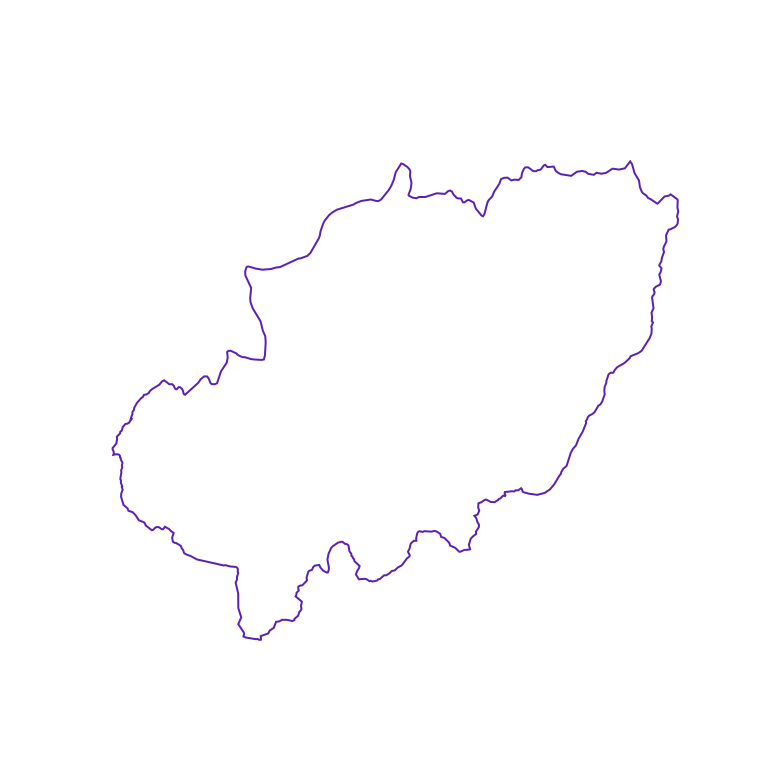 outline of Güicán, Boyacá, Colombia, rotated 16°
{"feature_id": "7082276B71833607735517", "entity_name": "Güicán", "entity_type": "district", "adm_level": 2, "iso_a3": "COL", "parent_name": "Colombia", "parent_adm1": "Boyacá", "projection": "albers", "projection_center": [-72.306, 6.561], "detail": "fine", "context": "isolated", "style": "outline", "palette": "violet", "viewbox_px": 768, "rotation_deg": 16, "n_neighbors": 0, "source": "geoboundaries", "source_scale": "gbopen_adm2", "svg_char_len": 6153}
<svg xmlns="http://www.w3.org/2000/svg" viewBox="0 0 768 768"><g transform="rotate(16 384 384)"><path d="M339.8,167.3L336.9,177.2L337.1,185.2L336.3,191.9L334.9,196.7L330.4,207.4L328.3,209.7L326.1,210.2L320.4,210.3L311.7,214.3L306.9,218.0L305.2,219.9L290.6,229.5L286.7,233.7L284.5,237.2L282.0,243.2L281.3,247.1L280.9,254.6L281.4,259.0L281.2,262.0L277.1,278.4L275.0,282.0L268.9,286.4L267.3,286.9L251.8,300.3L248.1,301.8L243.7,304.6L235.8,307.6L229.1,308.4L221.8,308.4L220.3,308.8L219.6,309.8L219.5,314.1L220.9,318.0L229.8,328.2L231.8,338.6L233.2,342.3L237.1,347.6L248.0,357.7L252.8,366.1L256.7,370.8L258.8,376.6L261.6,389.0L261.8,393.5L259.7,394.6L252.5,396.2L249.3,396.7L242.7,396.6L240.7,397.2L237.6,396.8L234.7,396.1L234.0,395.4L227.4,394.3L225.3,395.1L224.4,396.4L226.5,401.8L226.9,407.0L223.8,416.8L223.3,429.2L221.4,430.9L218.4,431.6L216.8,430.8L214.4,427.5L212.0,425.5L209.1,426.2L206.5,429.9L205.1,434.1L195.7,449.2L194.2,448.7L192.4,445.6L191.0,444.2L188.8,443.3L187.4,443.7L186.2,446.2L185.6,446.4L184.3,446.0L182.7,443.9L180.7,442.6L177.6,443.4L171.7,441.0L169.9,442.7L168.2,446.6L162.6,452.7L160.6,455.8L160.5,457.3L158.7,459.4L156.2,460.6L155.9,462.8L154.4,464.6L151.8,470.1L150.5,475.5L150.7,478.0L149.9,480.1L150.4,482.3L150.1,488.4L150.8,487.9L150.6,488.7L149.4,491.7L148.1,493.0L146.4,493.7L144.7,497.4L144.8,501.1L143.7,502.4L143.8,504.4L141.7,508.4L142.5,510.0L143.1,515.1L140.8,520.4L141.2,521.8L142.4,523.0L143.4,525.0L143.3,526.7L145.3,525.6L147.9,524.9L149.0,525.1L150.1,526.0L150.4,527.2L151.1,527.4L151.8,529.1L154.4,531.9L154.5,534.8L155.4,536.3L155.1,539.7L155.8,540.8L156.7,548.0L157.7,549.1L158.3,551.5L160.7,554.7L160.3,555.3L161.9,557.6L161.6,561.8L162.4,565.0L166.9,572.0L171.8,574.3L173.3,576.3L177.8,576.5L181.5,578.7L185.8,582.5L191.8,583.2L194.2,585.8L201.0,588.5L202.2,588.0L203.6,585.3L204.9,584.1L207.2,583.7L210.3,584.8L211.7,584.5L212.7,581.6L217.5,582.7L219.7,584.1L222.9,585.2L222.7,590.1L224.5,593.8L226.4,594.4L227.8,594.1L233.3,595.6L235.0,597.9L236.6,598.9L238.4,601.6L240.6,602.3L245.8,602.7L252.4,604.2L280.0,602.6L281.4,601.9L286.9,601.7L292.0,600.7L293.5,601.1L294.7,602.5L295.1,604.6L296.0,606.1L295.8,609.9L296.6,612.5L296.1,615.7L301.6,625.6L305.7,639.5L311.1,647.7L310.1,655.0L317.9,661.7L318.4,662.7L318.5,665.5L321.2,665.8L331.1,664.6L332.6,664.0L334.9,664.3L336.2,663.7L335.0,660.3L341.5,655.7L342.1,652.5L345.3,648.7L345.8,642.4L349.0,640.9L350.9,638.8L355.9,637.4L361.2,637.1L362.9,635.7L362.7,634.3L365.3,630.5L365.5,626.2L366.4,624.7L366.7,623.0L365.4,620.3L365.1,615.9L357.5,612.5L357.9,611.4L357.5,608.7L359.0,606.2L357.6,603.4L357.5,602.3L358.9,600.9L361.0,600.0L364.1,594.1L362.9,591.3L363.0,585.3L363.4,584.4L366.0,582.4L366.4,579.5L367.4,577.8L371.6,575.8L373.8,578.2L377.2,580.3L381.1,581.1L382.1,580.4L382.1,577.4L381.4,575.1L378.0,568.4L377.5,562.4L378.4,556.2L379.6,553.9L383.4,549.3L386.5,547.3L387.6,547.2L390.6,548.4L392.7,548.2L394.4,549.0L396.5,553.6L397.5,554.9L399.3,556.1L400.1,558.2L401.2,558.6L402.3,560.1L403.5,560.7L404.6,562.6L410.7,565.6L410.8,567.6L409.7,571.3L409.5,574.8L413.7,578.6L419.4,576.5L421.2,576.5L424.2,577.5L425.2,576.9L427.5,577.0L431.7,574.7L432.1,573.5L433.9,572.4L436.8,567.9L439.0,567.2L441.3,564.6L442.9,561.7L445.7,560.2L447.8,556.6L451.1,553.4L454.1,545.4L456.0,542.7L455.9,541.4L453.3,538.7L453.9,535.3L453.7,530.5L453.9,529.6L455.8,526.6L458.3,525.8L457.4,523.0L457.1,518.4L457.5,516.8L458.7,515.7L461.8,515.6L463.2,514.4L470.1,512.9L473.1,511.3L475.2,511.3L479.4,512.6L481.0,515.2L484.6,515.4L488.7,517.6L490.5,518.7L492.2,521.1L497.8,521.9L502.5,524.5L503.4,524.3L507.1,521.3L511.6,519.7L512.3,519.1L509.9,515.2L510.0,508.9L511.4,506.1L513.9,502.8L513.1,500.5L514.6,495.6L514.2,493.2L512.0,491.1L509.4,487.2L507.2,485.8L509.9,483.7L510.5,479.6L508.5,476.6L507.7,472.6L510.1,470.9L512.8,467.6L514.2,466.9L519.1,468.0L522.9,467.1L525.6,464.1L526.0,462.9L527.4,462.0L529.0,458.9L529.5,458.4L531.2,458.4L531.4,457.5L530.0,455.6L530.0,454.5L536.6,451.8L538.8,451.4L539.7,450.0L542.3,449.2L544.5,446.4L545.4,446.9L547.0,449.3L547.7,449.6L553.6,449.5L561.9,448.3L568.5,444.4L572.6,439.5L575.3,433.4L578.0,423.3L578.8,421.9L578.7,419.5L579.6,416.2L582.1,412.4L582.5,398.8L583.3,394.8L585.5,389.9L586.1,383.1L588.1,375.2L589.1,365.9L588.2,364.0L588.9,362.3L589.1,359.7L590.0,357.8L592.3,355.7L594.1,353.2L596.0,345.9L597.6,344.0L598.6,340.7L599.0,333.0L597.7,330.0L596.9,325.8L597.4,321.7L596.9,319.5L597.2,313.2L597.5,312.3L599.2,310.4L600.6,310.3L601.4,309.7L601.8,307.4L603.4,303.7L609.5,297.3L613.1,291.3L613.4,289.3L619.9,284.3L622.5,281.1L626.7,266.7L627.2,261.7L626.0,256.6L625.1,255.1L625.6,250.7L624.1,249.7L623.2,245.6L621.5,241.7L622.2,236.9L617.9,227.1L617.9,225.6L618.9,223.4L618.9,221.4L617.2,218.9L617.2,218.0L618.5,215.6L621.9,212.4L622.0,209.1L618.4,202.9L619.1,200.3L618.9,196.3L616.0,194.4L615.9,193.1L616.8,190.0L616.4,186.0L616.8,180.0L615.2,177.2L615.2,174.8L616.2,168.9L614.1,163.3L615.1,157.2L616.4,156.5L620.1,153.2L621.5,150.9L622.0,148.9L621.2,144.6L619.5,142.2L619.3,137.1L617.4,133.5L615.7,126.4L614.9,125.6L607.3,122.7L605.9,124.4L602.0,126.4L597.7,134.5L596.9,135.3L589.1,132.8L586.6,132.4L584.2,130.5L580.2,129.2L578.9,128.2L575.8,124.3L573.0,118.1L566.8,112.3L561.8,104.3L559.3,102.2L556.1,110.3L550.8,113.1L544.3,114.0L539.1,120.0L535.1,121.9L530.1,122.4L528.0,125.1L522.4,125.7L519.6,124.5L516.0,124.5L510.9,126.8L506.6,132.3L496.2,133.6L493.4,133.1L490.4,131.8L487.2,128.2L481.4,130.4L478.5,128.9L477.3,129.9L475.7,134.3L474.7,135.3L472.9,136.0L471.5,137.6L468.7,138.2L463.0,136.0L460.7,136.6L459.9,137.1L459.1,139.0L458.5,143.5L459.1,147.4L457.1,150.8L453.3,151.5L450.2,153.2L445.9,151.6L442.6,152.7L440.0,154.8L439.7,159.7L436.8,169.1L436.3,174.0L433.9,178.5L433.4,181.0L433.7,193.0L432.9,195.5L431.3,195.2L423.9,190.1L420.2,184.8L414.8,183.7L413.5,184.4L411.1,187.3L409.8,187.5L406.9,184.5L403.8,185.2L402.4,185.0L398.5,182.7L396.3,180.3L394.3,179.8L392.7,180.7L390.1,184.5L382.2,186.1L372.3,192.8L366.0,194.6L364.2,196.4L360.3,197.0L356.0,196.1L355.4,195.5L355.9,189.0L355.0,183.1L351.7,177.0L350.6,172.1L349.2,170.5L346.6,168.9L341.5,167.3L339.8,167.3Z" fill="none" stroke="#5b21b6" stroke-width="2"/></g></svg>